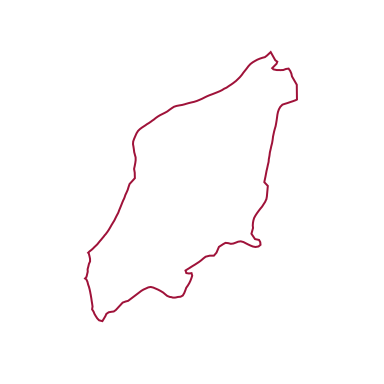 Aslam, Hajjah, Yemen, rotated 57°
{"feature_id": "15242507B36700459789736", "entity_name": "Aslam", "entity_type": "district", "adm_level": 2, "iso_a3": "YEM", "parent_name": "Yemen", "parent_adm1": "Hajjah", "projection": "albers", "projection_center": [43.295, 16.059], "detail": "fine", "context": "isolated", "style": "outline", "palette": "rose", "viewbox_px": 384, "rotation_deg": 57, "n_neighbors": 0, "source": "geoboundaries", "source_scale": "gbopen_adm2", "svg_char_len": 3698}
<svg xmlns="http://www.w3.org/2000/svg" viewBox="0 0 384 384"><g transform="rotate(57 192 192)"><path d="M186.4,312.2L187.2,312.0L189.9,312.9L192.5,313.9L194.7,315.3L196.1,317.5L198.1,319.6L199.9,321.6L202.1,322.9L203.8,324.7L205.7,326.7L206.3,328.8L207.7,328.2L210.4,328.6L213.0,329.5L215.5,330.1L217.9,330.9L220.3,331.8L221.7,332.4L223.0,332.9L225.5,334.0L226.0,334.2L228.6,335.4L231.3,336.6L233.9,337.8L236.0,339.7L237.0,339.7L238.6,339.7L241.2,340.2L243.5,340.3L243.8,340.3L246.4,340.3L249.0,339.8L251.5,337.5L250.2,334.8L248.9,332.2L247.6,330.2L247.5,327.4L248.5,325.0L249.6,322.7L249.5,320.2L247.0,310.4L247.7,307.2L248.5,304.9L247.9,296.3L247.6,292.2L247.3,288.3L247.4,285.8L247.8,283.3L248.2,280.6L248.7,279.4L249.2,278.3L251.1,276.5L253.2,275.1L255.3,273.7L257.8,272.3L260.7,270.9L261.1,270.8L263.1,270.2L265.6,269.4L267.9,267.8L269.0,266.5L270.1,265.6L271.5,263.4L272.4,260.9L273.6,258.6L273.8,256.1L272.5,253.5L270.8,251.1L269.2,249.0L268.4,247.0L268.2,246.5L267.0,244.0L265.6,241.7L264.0,239.5L262.3,237.4L259.8,236.6L258.7,238.9L256.9,240.9L254.3,240.2L254.4,231.9L254.5,229.3L254.5,226.7L254.5,224.2L254.3,221.4L253.9,218.5L253.7,215.8L254.2,214.3L255.1,211.7L257.3,208.3L257.0,207.2L256.2,204.5L252.7,199.3L252.7,196.8L252.7,194.2L252.9,191.6L254.6,189.5L256.6,187.7L257.3,186.3L257.7,185.5L258.3,182.9L258.8,180.4L259.9,178.0L262.0,176.1L264.3,174.8L266.7,173.4L268.8,172.1L270.9,170.6L272.7,168.7L273.9,165.9L273.6,163.3L271.3,162.1L270.4,162.0L268.7,161.9L265.8,164.8L259.4,164.9L255.4,160.4L253.2,159.3L251.1,157.7L249.2,155.9L247.6,154.0L246.3,151.6L245.2,149.1L244.2,146.5L243.3,144.0L242.4,141.1L241.3,138.7L240.1,136.0L238.9,134.2L238.6,133.6L236.6,131.7L228.2,125.1L223.2,126.0L222.7,125.6L220.8,123.7L219.0,121.9L216.9,119.9L214.8,117.9L213.0,116.0L210.6,113.6L208.4,111.3L206.3,109.7L205.7,109.1L203.8,107.3L201.2,105.1L198.7,102.5L196.7,100.5L194.6,98.2L192.2,96.0L190.2,94.3L189.9,94.1L187.9,92.1L185.9,90.1L184.1,88.1L182.4,86.1L180.3,84.1L178.0,82.0L175.7,80.0L173.7,78.3L171.7,76.3L170.0,74.1L168.7,71.6L168.0,68.6L168.6,66.2L169.4,63.5L170.1,60.6L170.8,58.0L171.5,54.9L171.6,53.6L159.1,45.7L149.5,45.2L146.9,44.2L144.0,43.7L141.1,43.8L140.0,46.2L139.4,49.0L138.1,51.2L135.9,54.5L133.5,56.9L131.8,57.3L130.5,51.3L129.2,49.5L126.8,50.4L117.5,49.8L118.4,54.8L118.6,57.4L117.8,59.8L117.1,62.5L116.6,65.2L116.4,67.9L116.3,70.5L116.5,73.3L117.2,76.1L118.3,79.1L119.1,81.5L119.9,83.9L120.9,86.4L121.8,89.4L122.4,92.4L122.9,95.1L122.9,95.7L123.1,97.9L123.2,100.4L123.2,103.5L123.3,106.2L122.9,108.8L122.9,111.3L122.6,113.8L122.1,116.5L121.5,119.5L121.0,121.9L120.4,124.5L119.9,127.3L119.6,129.7L119.3,132.7L118.8,135.6L118.3,138.3L117.5,141.2L116.5,143.9L115.6,146.5L114.7,149.4L114.5,150.2L113.6,152.9L112.5,155.4L111.4,158.1L110.7,160.7L110.7,163.2L110.8,166.1L111.0,168.8L110.8,171.5L110.5,174.2L110.2,176.8L110.1,179.5L110.2,182.1L110.5,184.8L110.5,186.5L110.6,187.6L110.7,190.4L110.6,193.0L110.7,194.6L110.7,196.1L110.7,199.0L110.9,201.6L111.4,204.0L112.6,206.6L114.1,208.9L115.7,211.3L115.9,211.6L117.6,213.8L119.7,215.4L122.1,216.4L124.5,217.5L127.2,218.8L129.1,219.4L129.6,219.6L132.2,220.4L134.6,221.9L136.7,223.7L138.9,225.8L141.1,228.0L144.6,229.5L149.3,232.4L151.3,240.0L153.1,242.3L155.2,244.8L156.9,247.4L158.2,249.5L159.0,250.5L159.8,251.5L160.9,253.1L161.2,253.7L162.6,255.8L164.3,258.2L166.2,260.9L167.7,263.1L168.7,264.4L169.4,265.4L170.7,267.8L172.1,270.2L173.5,272.5L174.6,274.8L175.9,277.5L177.1,279.8L178.3,282.2L179.3,284.5L180.3,287.2L180.9,289.4L181.1,289.7L181.9,292.3L182.7,294.8L182.8,295.3L183.5,297.5L184.3,299.9L184.8,302.5L185.2,304.7L185.4,305.3L185.8,307.8L186.0,310.3L186.4,312.2Z" fill="none" stroke="#9f1239" stroke-width="2"/></g></svg>